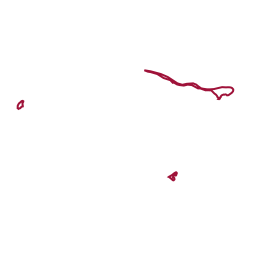 Aulotu, Tuvalu (Natural Earth projection), rotated 265°
{"feature_id": "33948139B63350704470627", "entity_name": "Aulotu", "entity_type": "district", "adm_level": 2, "iso_a3": "TUV", "parent_name": "Tuvalu", "parent_adm1": "", "projection": "natural_earth1", "projection_center": [178.346, -8.002], "detail": "fine", "context": "isolated", "style": "outline", "palette": "rose", "viewbox_px": 256, "rotation_deg": 265, "n_neighbors": 0, "source": "geoboundaries", "source_scale": "gbopen_adm2", "svg_char_len": 2377}
<svg xmlns="http://www.w3.org/2000/svg" viewBox="0 0 256 256"><g transform="rotate(265 128 128)"><path d="M153.5,218.6L152.1,219.5L150.8,219.9L150.2,220.9L149.4,220.9L149.0,220.5L148.8,221.2L149.3,222.1L150.2,222.1L150.6,223.0L151.4,223.2L152.3,224.1L152.6,224.8L153.0,226.2L152.8,226.8L153.0,227.9L152.7,228.7L152.4,229.1L151.9,229.5L151.9,230.6L152.1,231.2L152.4,231.7L152.7,232.2L153.1,232.9L153.5,233.6L153.9,234.2L154.2,234.7L154.9,235.3L155.4,235.8L156.2,236.1L157.3,236.2L158.7,235.2L159.4,234.0L159.8,232.1L160.0,228.7L160.5,225.3L159.9,221.1L159.3,217.0L159.4,212.5L159.7,209.8L160.5,206.5L161.2,204.2L162.1,203.2L163.5,201.5L165.3,199.7L166.8,196.7L166.9,190.4L166.3,185.9L168.2,181.1L171.6,176.8L175.3,172.1L178.9,165.4L182.5,155.5L184.1,149.3L182.4,152.7L181.7,155.5L179.2,161.9L176.7,165.2L174.7,167.8L171.9,174.4L169.1,176.6L169.3,177.6L167.1,180.7L166.3,183.0L165.4,187.3L166.0,191.2L165.2,195.3L161.3,201.3L161.2,203.3L159.9,206.1L158.8,208.5L158.6,211.2L158.2,214.3L154.9,217.0L153.5,218.6ZM157.3,19.8L156.6,20.7L157.0,21.1L157.1,22.3L157.4,22.7L157.7,22.9L158.1,23.4L158.4,23.7L158.6,24.3L158.6,25.0L159.0,25.2L159.5,25.0L159.9,25.0L160.6,25.0L161.0,25.1L161.4,25.0L161.9,25.1L162.3,25.3L162.6,25.5L163.0,25.8L163.4,26.0L163.6,26.0L163.8,26.0L163.9,25.8L164.2,25.5L164.2,25.0L164.0,24.2L163.5,23.8L163.1,23.1L162.8,22.8L162.6,22.4L162.2,21.8L161.6,21.2L161.0,20.9L160.1,20.2L159.1,20.0L157.3,19.8ZM71.9,168.5L72.0,168.8L72.0,169.0L72.3,169.3L72.4,169.5L72.5,169.6L72.7,169.8L72.8,169.8L73.0,169.8L73.5,169.8L73.9,169.8L74.0,169.8L74.2,169.7L74.3,169.5L74.4,169.4L74.4,169.2L74.5,168.9L74.5,168.7L74.8,168.5L75.0,168.4L75.1,168.5L75.3,168.5L75.5,168.8L75.6,169.0L75.9,169.1L76.1,169.3L76.4,169.4L76.6,169.6L77.0,169.9L77.1,170.1L77.3,170.5L77.3,170.9L77.3,171.0L77.2,171.1L76.9,171.0L76.7,171.0L76.5,171.3L76.5,171.5L76.8,171.8L77.1,172.0L77.4,172.1L77.7,172.2L77.9,172.3L78.2,172.4L78.4,172.5L78.7,172.7L78.9,172.7L79.1,172.6L79.3,172.5L79.5,172.3L79.7,172.1L79.7,171.9L79.4,171.2L79.2,170.7L78.7,169.8L78.4,169.5L77.9,168.6L77.3,167.9L77.1,167.3L76.8,166.9L76.7,166.5L76.6,166.4L76.5,166.1L76.2,165.6L76.2,165.4L76.1,165.2L76.0,164.9L75.7,164.4L75.6,164.6L75.4,164.9L75.2,165.0L74.9,165.4L74.5,165.8L74.2,166.1L73.9,166.4L73.4,166.9L73.1,167.2L73.0,167.3L72.8,167.5L72.5,167.7L72.3,167.9L71.9,168.5Z" fill="none" stroke="#9f1239" stroke-width="2"/></g></svg>